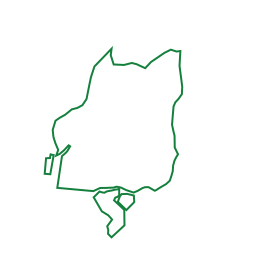 outline of Gwangyang-si, South Jeolla, South Korea, rotated 43°
{"feature_id": "91817680B99071511370380", "entity_name": "Gwangyang-si", "entity_type": "district", "adm_level": 2, "iso_a3": "KOR", "parent_name": "South Korea", "parent_adm1": "South Jeolla", "projection": "mercator", "projection_center": [127.68, 35.032], "detail": "fine", "context": "isolated", "style": "outline", "palette": "green", "viewbox_px": 256, "rotation_deg": 43, "n_neighbors": 0, "source": "geoboundaries", "source_scale": "gbopen_adm2", "svg_char_len": 1451}
<svg xmlns="http://www.w3.org/2000/svg" viewBox="0 0 256 256"><g transform="rotate(43 128 128)"><path d="M61.9,81.2L61.5,105.9L66.3,116.2L70.0,122.3L77.9,135.1L79.1,142.4L77.3,147.8L74.2,152.7L73.0,161.2L71.2,166.7L70.0,172.1L74.2,180.7L79.7,185.5L85.2,188.6L91.9,191.6L94.3,197.1L95.7,193.6L96.4,188.1L96.4,181.2L98.2,180.9L99.4,186.4L99.4,188.6L98.9,193.6L117.1,220.0L145.7,197.8L148.5,190.9L153.0,186.6L155.4,184.1L157.9,181.7L159.7,178.7L163.4,176.4L168.9,174.7L176.1,171.4L177.9,167.5L179.6,162.0L180.8,159.7L183.3,157.3L190.4,155.6L191.0,154.0L192.2,149.3L194.1,143.1L194.5,138.0L192.2,133.0L190.2,129.1L186.7,124.8L184.4,120.5L183.2,116.6L182.5,113.1L175.5,110.4L167.3,101.9L163.0,99.1L158.0,95.6L153.7,90.2L146.7,81.3L145.1,77.0L145.1,72.3L144.3,66.5L139.7,61.0L134.2,56.4L130.3,53.2L123.3,47.4L113.8,36.0L111.3,39.0L105.9,41.5L103.4,48.2L99.8,64.0L99.8,72.5L90.7,75.5L86.4,77.9L82.1,84.6L74.2,91.3L65.7,86.5L61.9,81.2ZM166.2,187.6L167.1,185.9L167.6,183.4L163.2,178.7L160.4,182.2L158.7,184.9L157.7,186.1L155.7,188.9L154.9,191.4L153.2,192.6L150.5,193.9L150.2,202.1L165.7,206.8L173.1,205.3L178.8,205.8L179.8,214.0L183.1,216.0L185.6,219.0L190.5,219.2L191.8,201.6L181.1,190.4L170.4,190.4L167.1,190.4L166.2,187.6ZM183.1,177.9L178.3,173.4L172.4,176.7L168.4,180.7L168.6,183.4L170.9,188.9L182.8,189.1L183.1,177.9ZM98.3,218.3L102.7,214.8L92.1,198.5L89.4,200.1L91.4,203.2L88.7,206.0L98.3,218.3Z" fill="none" stroke="#15803d" stroke-width="2"/></g></svg>